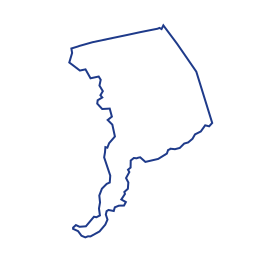 the district of Sacramento, California, United States of America, rotated 343°
{"feature_id": "52423323B62056349216099", "entity_name": "Sacramento", "entity_type": "district", "adm_level": 2, "iso_a3": "USA", "parent_name": "United States of America", "parent_adm1": "California", "projection": "equal_earth", "projection_center": [-121.498, 38.377], "detail": "fine", "context": "isolated", "style": "outline", "palette": "blue", "viewbox_px": 256, "rotation_deg": 343, "n_neighbors": 0, "source": "geoboundaries", "source_scale": "gbopen_adm2", "svg_char_len": 1314}
<svg xmlns="http://www.w3.org/2000/svg" viewBox="0 0 256 256"><g transform="rotate(343 128 128)"><path d="M187.4,41.5L185.3,41.7L172.6,40.4L167.5,39.9L154.6,38.8L140.4,37.5L120.3,35.7L119.3,35.6L105.5,35.3L104.0,35.4L97.1,35.4L96.5,39.9L91.0,48.2L98.8,59.0L104.5,59.5L106.7,69.5L115.0,70.2L116.0,73.9L113.1,79.1L114.7,85.4L111.2,88.6L112.3,91.3L107.1,92.6L105.7,95.7L108.9,102.3L116.2,104.1L115.9,112.4L110.9,114.4L114.0,120.2L113.0,132.3L105.5,137.0L102.5,140.8L100.8,139.7L98.9,144.5L96.6,149.1L97.1,168.4L94.6,174.8L91.3,175.2L85.3,178.4L80.8,184.2L79.5,191.0L76.7,196.5L75.6,203.4L71.7,204.1L69.5,202.9L59.0,209.7L52.8,208.3L49.8,205.6L46.4,207.2L46.0,208.4L50.1,212.0L52.0,217.4L55.2,220.1L58.0,219.9L60.5,220.7L70.5,218.6L78.0,213.8L81.6,209.6L81.5,204.3L83.2,201.3L85.4,200.7L90.1,203.2L92.2,200.0L96.6,199.6L101.5,201.0L104.3,198.2L100.7,194.4L105.8,190.2L105.8,188.1L110.1,186.1L112.4,180.2L111.5,175.3L116.4,170.5L115.8,167.9L118.9,166.6L121.1,159.9L124.8,158.4L127.4,159.5L129.0,159.4L131.1,159.6L134.7,165.5L147.8,166.4L157.7,163.8L159.9,160.8L161.8,160.6L162.5,160.2L166.7,162.0L171.7,162.2L177.2,159.3L181.3,159.4L186.5,157.2L190.2,153.7L196.6,152.6L202.6,148.0L206.1,150.1L210.0,147.8L209.8,94.1L199.6,61.9L191.8,40.2L189.0,43.2L187.4,41.5Z" fill="none" stroke="#1e3a8a" stroke-width="2"/></g></svg>